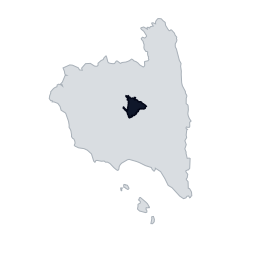 Madrid highlighted on a map of Spain, rotated 76°
{"feature_id": "ESP-5833", "entity_name": "Madrid", "entity_type": "Autonomous Community", "adm_level": 1, "iso_a3": "ESP", "parent_name": "Spain", "parent_adm1": "", "projection": "robinson", "projection_center": [-3.775, 40.528], "detail": "fine", "context": "in_parent", "style": "filled", "palette": "ink", "viewbox_px": 256, "rotation_deg": 76, "n_neighbors": 0, "source": "natural_earth", "source_scale": "10m", "svg_char_len": 7211}
<svg xmlns="http://www.w3.org/2000/svg" viewBox="0 0 256 256"><g transform="rotate(76 128 128)"><path d="M136.5,65.1L136.6,65.7L137.7,66.9L141.2,67.6L142.1,68.1L141.9,69.7L141.1,71.1L141.9,71.7L142.7,71.7L143.7,70.6L143.9,71.3L145.5,72.0L149.0,73.3L151.5,73.4L154.1,75.9L158.2,75.5L162.0,77.9L165.5,77.4L166.3,77.8L171.7,77.9L172.0,75.9L172.6,75.1L182.1,77.9L183.3,79.6L183.1,80.4L183.7,82.4L184.9,82.3L187.4,81.2L190.6,82.6L191.5,83.8L192.2,83.9L194.6,82.7L201.1,84.1L201.4,83.2L201.8,82.9L204.5,82.1L205.7,81.9L209.2,82.5L209.6,83.6L210.4,84.1L210.7,85.0L208.6,85.6L208.5,87.3L209.8,88.7L210.0,91.2L206.6,94.3L196.6,99.7L193.4,102.9L185.9,104.5L178.2,106.9L173.6,111.2L174.8,111.5L176.2,113.0L175.8,113.6L173.8,114.6L172.0,114.9L168.7,120.2L164.1,125.6L162.4,128.1L158.7,134.5L158.7,136.3L160.6,142.7L161.7,144.4L163.2,145.8L166.0,147.0L166.7,148.1L165.8,149.3L163.0,151.3L158.2,154.0L156.2,156.1L155.7,158.1L154.3,159.1L153.8,161.9L151.9,165.9L151.8,167.0L153.3,168.4L151.8,169.3L144.3,169.7L139.7,172.8L137.4,175.6L135.3,180.7L132.8,183.8L131.7,184.3L129.9,183.0L127.7,182.8L125.6,183.2L124.5,184.3L122.7,184.9L121.0,184.4L117.3,184.1L115.7,184.2L113.1,185.0L110.9,184.4L107.2,184.1L99.2,184.8L98.2,185.1L94.6,188.6L90.7,188.7L87.2,190.1L84.8,193.5L84.3,195.3L83.6,194.9L83.1,195.0L82.8,196.4L80.4,197.3L77.6,196.1L75.4,194.5L74.2,194.3L72.3,191.7L71.4,190.1L70.9,188.3L70.8,187.0L69.1,186.3L68.7,184.6L70.0,182.5L71.7,181.3L70.1,181.4L69.0,182.8L67.6,180.6L61.8,176.3L62.1,174.7L61.1,175.9L60.4,176.2L57.5,176.0L54.0,176.5L52.7,169.2L53.6,166.7L57.5,161.7L59.9,161.0L60.9,158.4L58.7,158.5L55.3,153.6L56.2,148.9L59.8,145.5L60.4,144.1L60.5,142.8L59.9,141.9L57.9,141.4L56.0,137.7L55.6,135.5L54.0,134.2L52.7,131.9L53.9,131.6L58.9,131.6L60.1,131.0L61.0,129.5L62.0,127.0L62.2,125.5L60.3,123.3L60.2,122.8L60.5,122.1L63.5,119.7L63.0,117.9L63.5,114.2L63.3,112.0L63.0,110.2L62.0,107.9L62.7,106.9L64.2,106.1L65.5,104.2L67.3,102.6L69.7,101.3L72.5,98.5L72.1,97.3L71.2,96.6L67.8,96.0L67.5,95.5L67.6,92.4L66.7,91.2L65.5,91.4L63.6,90.8L63.1,91.2L60.7,91.1L59.1,90.5L58.4,91.0L58.1,92.1L55.3,93.2L53.7,93.1L51.1,92.2L48.1,92.5L47.8,92.3L45.2,93.5L44.4,93.5L43.4,92.0L44.8,89.9L43.6,87.8L42.9,87.7L38.1,89.2L35.4,91.2L34.3,91.5L33.9,91.1L33.8,88.3L36.8,85.3L35.0,85.1L35.1,84.2L36.2,82.8L35.1,81.8L35.2,78.8L32.6,79.7L31.9,79.6L31.9,78.4L33.6,76.0L31.9,75.7L30.7,74.8L29.2,72.8L29.2,71.7L30.1,69.3L32.3,68.1L34.5,66.4L37.5,66.7L42.0,65.3L43.6,64.5L43.6,63.5L43.1,62.7L43.5,62.0L47.2,60.0L49.4,59.8L51.6,58.7L53.1,59.4L54.4,59.2L55.9,60.0L57.8,61.8L60.7,62.5L63.0,61.9L74.9,61.8L78.2,60.9L80.8,62.0L85.8,62.5L88.9,63.4L97.2,65.0L100.3,65.0L106.4,63.5L108.0,63.8L110.5,63.1L111.6,63.3L113.2,64.3L118.5,65.7L119.9,64.5L121.0,64.3L124.8,65.0L128.7,66.5L130.8,66.6L133.7,66.2L136.5,65.1ZM209.7,129.6L211.1,130.2L212.6,129.7L213.4,129.8L214.2,130.1L214.4,131.3L211.3,136.9L208.9,138.4L206.3,137.2L204.8,136.9L204.3,136.4L204.0,134.6L203.3,134.1L202.3,133.8L200.3,135.2L199.7,134.3L198.8,134.1L198.4,133.5L198.4,132.8L204.4,128.5L206.1,127.5L209.8,126.4L210.4,126.5L209.9,127.2L210.4,127.8L209.7,129.6ZM226.8,127.3L226.3,128.9L221.7,126.8L220.2,126.6L219.8,126.3L220.0,124.7L223.0,124.5L225.4,125.3L226.8,127.3ZM185.0,145.3L184.5,146.4L182.3,146.0L181.8,145.5L182.2,144.3L182.9,144.1L182.9,143.3L183.5,142.4L186.7,141.6L187.4,142.2L187.6,143.1L185.7,145.0L185.0,145.3ZM187.3,149.7L187.0,149.9L184.5,149.7L184.5,149.0L184.9,148.0L185.9,149.0L187.3,149.2L187.3,149.7Z" fill="#d9dde1" stroke="#a8b0b8" stroke-width="1"/><path d="M118.3,123.0L118.2,123.0L118.2,123.4L118.2,123.5L118.3,123.6L118.4,123.8L118.5,124.0L118.4,124.2L118.2,124.4L118.0,124.5L117.7,124.6L117.0,124.7L116.9,124.4L116.6,124.3L116.0,124.5L115.2,124.9L114.6,125.0L114.4,125.0L114.2,125.0L113.9,124.8L113.4,125.0L112.0,125.0L111.8,125.1L111.7,125.3L111.5,125.5L110.9,125.6L110.7,125.7L110.6,125.8L110.3,125.9L110.1,126.0L110.1,126.3L109.9,126.5L109.6,126.6L109.3,126.7L109.1,126.8L108.9,126.8L108.7,126.9L108.5,127.0L108.4,127.2L108.1,127.4L107.8,127.6L107.7,127.7L107.5,127.8L107.3,127.7L106.8,127.4L106.6,127.3L106.6,127.2L106.9,127.0L107.8,126.7L108.0,126.7L108.3,126.4L108.6,126.2L108.9,126.0L109.5,125.4L109.7,125.2L109.8,125.2L110.0,125.1L110.2,124.8L110.3,124.8L110.4,124.4L110.4,124.1L110.4,123.9L110.2,123.8L109.5,123.5L109.2,123.5L109.0,123.4L108.8,123.4L108.4,123.4L108.2,123.4L107.8,123.0L107.7,122.9L107.4,122.9L107.2,122.9L107.0,122.7L106.9,122.6L106.2,122.4L105.7,122.2L104.9,122.0L104.7,121.9L104.5,121.7L104.4,121.5L104.3,121.4L104.2,121.4L103.9,121.2L103.6,121.3L103.3,121.5L103.0,121.4L102.8,121.4L102.4,121.0L102.3,120.9L102.2,120.8L101.7,121.0L101.3,121.0L101.1,121.2L101.0,121.3L100.9,121.4L100.8,121.6L100.7,121.7L100.5,121.9L100.4,121.9L100.2,121.7L99.8,121.5L99.7,121.4L99.6,121.2L99.6,120.9L99.6,120.6L99.5,120.4L99.4,120.4L99.1,120.6L98.9,120.9L98.5,121.3L98.4,121.4L98.3,121.6L98.1,121.7L97.6,121.9L97.4,122.0L97.2,122.2L97.1,122.3L96.9,122.3L96.7,122.3L96.3,122.1L96.5,121.8L96.7,121.2L96.8,120.8L96.9,120.7L97.0,120.6L96.9,120.4L96.9,120.2L96.8,119.9L97.0,119.8L97.3,120.1L97.7,120.2L97.8,120.1L98.0,120.0L98.1,119.9L98.3,119.6L98.3,119.4L98.4,119.2L98.4,118.9L98.5,118.8L98.6,118.7L98.8,118.6L99.1,118.6L99.3,118.6L99.8,118.5L100.0,118.5L100.0,118.4L99.9,118.1L100.0,117.7L100.1,117.4L100.1,117.2L100.1,116.9L100.1,116.7L100.1,116.3L100.1,116.1L100.3,115.9L100.5,115.7L100.6,115.4L100.6,115.2L100.5,114.9L100.5,114.7L100.8,114.9L100.9,115.0L101.1,115.1L101.5,115.0L101.7,114.9L101.9,114.9L102.0,114.9L102.2,114.7L102.2,114.3L102.3,114.1L102.3,113.9L102.4,113.6L102.8,113.0L102.8,112.9L103.4,112.1L103.6,112.0L103.9,111.9L104.0,111.9L104.3,111.9L104.5,111.9L104.8,111.9L105.0,111.8L105.0,111.6L105.2,111.3L105.2,111.1L105.2,110.9L105.3,110.7L105.4,110.4L105.5,110.3L105.5,110.1L105.4,109.9L105.5,109.7L105.7,109.3L105.9,109.1L106.0,108.9L106.3,108.6L107.6,108.2L107.8,108.1L108.0,107.8L108.1,107.6L108.3,107.2L108.5,107.1L108.7,106.9L109.3,106.5L109.6,106.2L109.9,105.9L110.0,105.8L110.1,105.7L110.7,105.3L111.4,105.1L111.4,105.4L112.0,106.0L112.3,106.3L112.7,106.6L112.8,106.6L113.0,106.6L113.1,107.2L113.3,107.8L113.4,108.0L113.2,108.4L113.1,108.6L113.0,109.1L112.9,109.2L112.8,109.4L112.8,109.5L112.7,109.7L112.7,109.8L112.8,110.0L112.7,110.2L112.7,110.3L112.5,110.5L112.4,110.5L112.4,111.1L112.3,111.4L112.2,111.5L112.1,111.8L112.6,112.0L112.8,112.3L112.9,112.7L112.9,112.8L112.9,113.0L112.7,113.3L112.6,113.5L112.8,113.7L112.9,113.8L113.0,113.8L113.2,113.7L113.4,113.8L113.5,113.7L113.8,113.8L114.0,114.1L114.2,114.3L114.3,114.4L114.5,114.3L114.6,114.7L114.6,115.2L114.7,115.3L114.7,115.5L114.9,115.5L115.1,115.7L115.1,115.8L115.1,116.0L115.1,116.3L115.3,116.3L115.5,116.2L115.8,116.2L115.9,116.3L116.1,116.4L116.4,116.7L116.4,116.8L116.4,117.0L116.5,117.3L116.4,117.8L116.5,117.9L116.6,118.0L116.9,118.1L117.1,118.3L117.3,118.6L117.3,118.8L117.3,119.0L117.3,119.3L117.2,119.5L117.2,119.8L116.9,120.1L116.8,120.3L116.7,120.5L116.7,120.8L116.6,121.0L116.7,121.4L116.8,121.5L117.0,121.4L117.2,121.2L117.5,120.9L117.9,121.0L118.0,121.3L118.1,121.6L118.2,121.8L118.2,122.0L118.2,122.3L118.3,123.0ZM100.7,113.5L100.9,114.0L100.0,114.1L100.1,113.7L100.4,113.4L100.7,113.5Z" fill="#0f172a" stroke="#020617" stroke-width="1.5"/></g></svg>